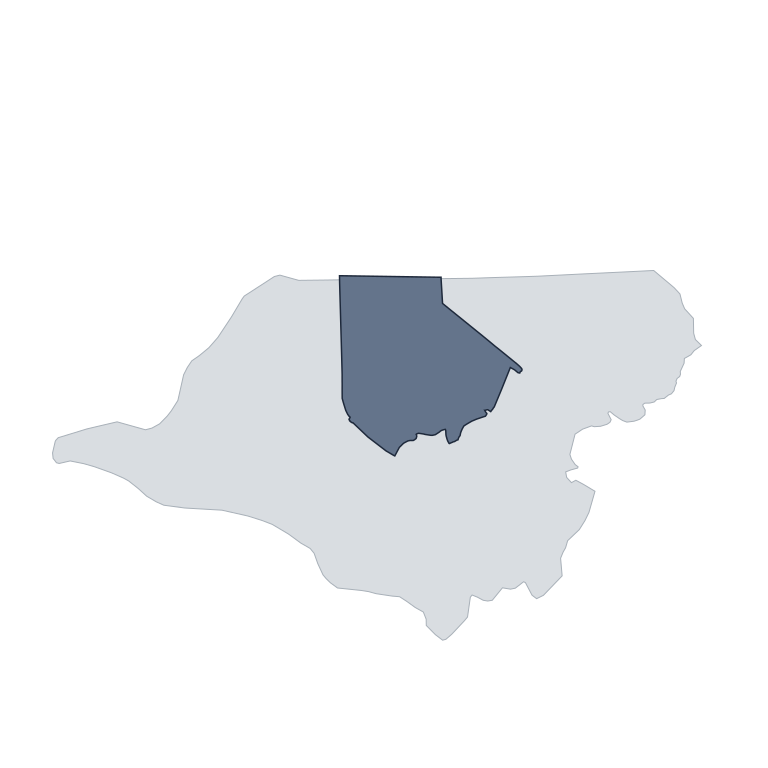 Tadmor, Homs (Hims), Syria shown in context, rotated 211°
{"feature_id": "27442178B76261641700856", "entity_name": "Tadmor", "entity_type": "district", "adm_level": 2, "iso_a3": "SYR", "parent_name": "Syria", "parent_adm1": "Homs (Hims)", "projection": "natural_earth1", "projection_center": [39.01, 34.465], "detail": "fine", "context": "in_parent", "style": "filled", "palette": "slate", "viewbox_px": 768, "rotation_deg": 211, "n_neighbors": 0, "source": "geoboundaries", "source_scale": "gbopen_adm2", "svg_char_len": 4505}
<svg xmlns="http://www.w3.org/2000/svg" viewBox="0 0 768 768"><g transform="rotate(211 384 384)"><path d="M142.6,278.6L148.3,279.2L160.5,286.6L162.5,286.4L166.3,276.6L169.9,273.3L177.5,270.3L179.8,254.4L183.3,251.4L187.6,249.7L194.1,249.4L199.8,248.5L200.2,245.7L192.4,227.3L193.1,222.7L197.1,204.2L199.5,197.0L201.8,194.6L210.8,195.6L223.4,198.8L226.7,204.1L232.8,208.8L242.1,208.5L252.7,209.4L261.1,209.7L267.8,206.4L282.8,200.2L290.3,198.1L297.0,195.4L318.8,185.2L327.5,186.0L333.4,187.4L338.0,189.0L348.2,195.9L356.7,202.9L362.6,205.0L373.3,204.8L388.7,206.2L407.6,206.1L418.7,204.1L432.8,200.7L457.9,192.4L490.9,175.1L510.3,166.7L518.7,165.7L529.6,165.6L540.6,167.8L552.9,169.4L558.6,169.2L572.0,167.5L589.4,164.0L600.3,161.1L613.4,156.4L621.5,148.6L624.2,147.8L627.6,149.2L629.2,149.7L632.6,154.2L636.3,165.6L636.3,166.9L635.6,170.2L627.1,179.6L615.6,192.4L607.3,200.5L593.3,214.1L582.7,217.0L564.9,221.9L560.2,226.7L555.8,234.3L553.3,244.8L552.5,251.4L552.2,263.7L556.4,276.4L560.5,288.7L561.1,296.8L560.7,304.8L556.9,313.3L552.8,324.9L550.4,338.2L549.3,362.9L549.4,384.0L549.1,387.4L541.8,402.3L533.3,419.7L529.3,423.7L510.5,428.9L489.9,441.6L466.9,455.9L445.9,468.8L423.9,482.4L401.1,496.5L384.8,506.5L362.9,520.0L343.0,532.9L322.7,545.9L307.4,555.8L284.0,571.5L270.3,580.7L250.1,594.2L232.3,606.1L211.3,620.2L185.0,616.0L176.7,613.6L170.0,606.9L165.0,603.3L152.6,599.6L144.7,587.0L140.0,582.5L131.7,580.5L135.3,572.4L136.0,567.1L139.7,560.6L137.5,556.4L136.5,547.3L134.9,545.1L134.4,542.7L135.6,539.8L135.2,536.8L133.8,535.5L133.1,531.0L132.0,527.7L132.6,523.6L134.5,521.0L136.4,515.9L138.6,514.4L142.2,511.2L143.1,507.8L146.3,504.6L150.6,501.9L151.5,499.8L150.9,498.6L146.7,496.2L144.5,492.0L146.5,485.8L147.9,483.9L150.5,480.9L156.2,476.4L160.6,475.6L164.4,475.6L170.9,476.0L175.9,476.8L177.2,475.6L177.0,474.2L170.9,470.4L170.6,467.5L172.1,464.3L176.6,459.3L181.8,455.7L184.5,455.0L190.5,447.6L194.4,439.4L188.4,419.4L184.6,416.1L178.6,413.4L175.0,413.0L174.7,411.7L179.6,406.6L183.0,402.2L179.3,398.0L172.5,396.0L170.0,400.3L161.3,400.7L147.9,400.7L142.2,379.5L141.4,370.4L141.6,359.8L145.9,344.3L144.0,337.1L143.9,332.2L142.9,325.6L132.5,311.3L138.5,285.0L142.6,278.6Z" fill="#d9dde1" stroke="#a8b0b8" stroke-width="1"/><path d="M390.1,504.9L393.1,503.1L477.9,453.9L474.3,448.1L434.2,385.4L426.5,373.3L424.6,370.3L423.6,368.6L422.2,366.3L421.5,365.1L420.0,362.7L416.3,356.5L412.4,350.1L410.7,348.5L410.2,348.0L408.8,346.7L407.7,345.7L404.0,342.4L403.2,341.7L399.2,339.1L398.7,339.0L397.7,338.5L397.5,338.4L397.4,338.4L397.2,338.4L396.9,338.3L396.7,338.3L396.4,338.3L396.3,338.2L396.2,338.2L395.9,338.0L395.9,337.9L395.8,337.7L395.8,337.4L395.8,337.2L395.9,336.9L395.9,336.7L395.9,336.4L395.8,336.2L395.8,335.9L395.7,335.9L395.7,335.7L395.4,335.4L395.2,335.3L395.1,335.2L394.9,335.1L394.7,335.0L394.6,334.9L394.4,334.8L394.2,334.8L394.2,334.7L393.9,334.7L393.7,334.6L393.4,334.5L393.2,334.5L392.9,334.5L392.8,334.4L392.7,334.4L392.4,334.4L392.2,334.4L391.9,334.4L391.7,334.4L391.4,334.4L391.4,334.5L390.7,334.8L370.5,330.3L367.0,329.9L347.8,327.7L338.9,327.8L337.7,327.9L338.2,337.6L337.6,339.8L337.0,342.3L336.4,343.9L334.4,347.2L334.2,347.5L332.8,348.8L332.1,349.3L330.7,350.1L329.7,350.8L329.0,352.2L328.4,353.8L328.9,355.9L329.8,357.0L330.5,357.4L330.4,357.9L329.8,358.7L329.4,359.1L329.2,359.4L328.9,359.6L328.7,359.7L328.0,360.0L324.4,361.5L322.9,361.9L317.3,364.2L316.0,365.0L313.9,367.0L311.8,371.3L311.3,372.9L310.5,374.2L308.8,376.1L308.0,376.7L307.7,376.4L307.1,375.9L304.7,372.3L304.6,372.2L303.5,371.0L303.3,370.8L302.9,370.5L301.8,369.4L300.1,368.0L297.7,366.6L297.3,366.6L297.0,366.9L296.7,367.5L295.4,369.2L295.1,369.8L293.8,371.1L293.6,371.6L292.7,373.3L291.8,374.3L292.0,374.9L292.2,375.6L292.4,377.2L292.2,378.9L293.1,381.4L293.4,382.7L293.8,385.6L293.9,388.2L293.9,389.2L292.8,391.5L291.7,393.6L291.2,394.5L290.2,396.3L289.6,397.4L288.2,399.3L286.7,401.4L283.3,405.4L282.2,406.7L280.5,408.6L280.4,410.0L280.4,410.5L280.4,410.9L280.5,411.5L280.8,411.8L281.7,412.0L282.7,412.5L284.1,413.3L283.9,413.4L282.4,415.0L281.8,415.4L278.3,415.3L278.2,416.9L277.9,418.1L277.9,419.9L277.7,421.1L280.4,439.5L284.2,463.2L281.8,463.3L279.5,463.4L278.8,463.3L275.0,462.7L273.3,463.3L273.5,464.3L273.2,465.5L272.8,465.9L272.8,466.3L272.9,466.9L273.3,467.7L274.1,468.2L276.8,469.0L280.5,469.7L285.5,470.4L302.2,472.8L308.3,473.6L312.7,474.3L324.1,476.0L331.3,477.0L356.9,480.6L364.9,481.7L375.3,483.2L389.2,503.5L390.1,504.9Z" fill="#64748b" stroke="#1e293b" stroke-width="1.5"/></g></svg>